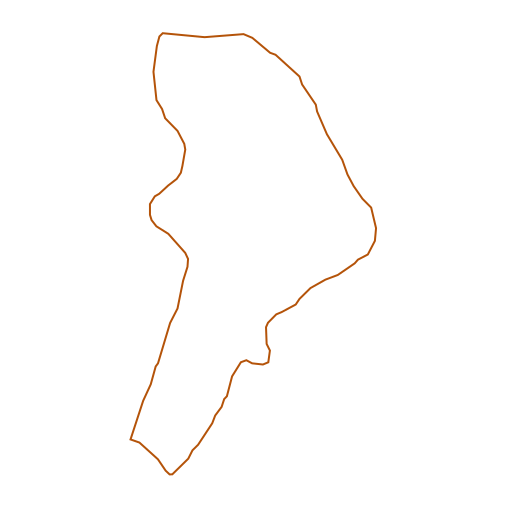 the district of San Andrés Semetabaj, Sololá, Guatemala, rotated 182°
{"feature_id": "79465075B93234456554890", "entity_name": "San Andrés Semetabaj", "entity_type": "district", "adm_level": 2, "iso_a3": "GTM", "parent_name": "Guatemala", "parent_adm1": "Sololá", "projection": "mercator", "projection_center": [-91.099, 14.754], "detail": "fine", "context": "isolated", "style": "outline", "palette": "amber", "viewbox_px": 512, "rotation_deg": 182, "n_neighbors": 0, "source": "geoboundaries", "source_scale": "gbopen_adm2", "svg_char_len": 1151}
<svg xmlns="http://www.w3.org/2000/svg" viewBox="0 0 512 512"><g transform="rotate(182 256 256)"><path d="M240.0,150.2L238.8,162.0L242.3,168.5L243.5,185.2L241.7,189.7L233.7,198.4L228.5,200.8L214.6,208.9L211.0,214.7L200.4,225.9L185.8,234.8L173.6,239.9L157.1,252.1L154.0,255.9L144.3,261.4L137.7,275.3L137.0,288.0L142.6,308.4L151.6,316.9L160.8,329.2L167.4,340.6L173.2,355.2L189.4,380.2L200.0,402.6L201.5,409.3L215.9,429.0L218.8,436.9L243.5,457.8L249.0,459.6L267.3,473.9L276.2,477.3L315.0,472.9L357.0,475.4L360.2,472.0L362.4,462.4L364.9,436.5L360.9,408.3L355.0,399.6L351.6,390.5L338.8,378.3L331.6,365.6L330.4,359.9L332.7,343.4L334.0,336.6L337.9,330.3L346.2,323.4L354.9,314.8L359.2,312.1L363.8,304.2L363.4,293.4L361.6,288.2L356.6,282.2L344.4,275.1L326.8,256.6L323.8,250.7L324.1,242.8L328.0,228.7L332.6,200.8L339.5,186.1L350.2,145.3L352.4,142.1L356.7,124.1L363.7,107.4L375.0,68.3L366.0,65.5L346.9,49.4L338.8,38.3L334.7,34.7L332.0,34.9L316.6,51.1L312.7,59.6L307.3,65.3L293.9,87.3L291.2,95.2L285.1,104.0L282.8,111.9L280.2,114.8L275.7,134.9L267.4,149.3L262.0,151.5L256.1,148.6L245.3,147.8L240.0,150.2Z" fill="none" stroke="#b45309" stroke-width="2"/></g></svg>